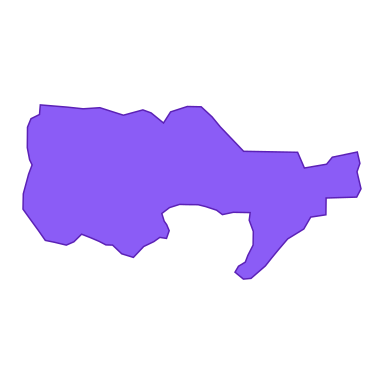 outline of Narpay, Samarkand, Uzbekistan
{"feature_id": "79887680B24658662729517", "entity_name": "Narpay", "entity_type": "district", "adm_level": 2, "iso_a3": "UZB", "parent_name": "Uzbekistan", "parent_adm1": "Samarkand", "projection": "orthographic", "projection_center": [65.992, 39.862], "detail": "fine", "context": "isolated", "style": "filled", "palette": "violet", "viewbox_px": 384, "rotation_deg": 0, "n_neighbors": 0, "source": "geoboundaries", "source_scale": "gbopen_adm2", "svg_char_len": 1070}
<svg xmlns="http://www.w3.org/2000/svg" viewBox="0 0 384 384"><path d="M326.1,198.0L356.7,197.1L361.0,188.8L357.0,171.8L359.9,163.4L357.3,152.0L332.3,157.2L326.6,164.2L304.4,168.0L297.6,152.3L243.6,151.3L220.3,126.9L212.1,116.9L201.2,106.8L187.3,106.5L170.6,111.9L163.5,123.0L151.1,112.9L142.9,109.9L123.4,115.2L99.9,107.7L83.2,108.8L67.0,107.1L40.3,104.9L39.5,114.5L31.0,118.7L27.5,127.2L27.3,147.7L29.6,159.7L32.1,164.9L28.6,174.2L23.3,193.8L23.0,209.2L30.5,219.6L38.7,230.9L45.3,240.4L54.6,242.3L66.3,245.1L73.9,241.8L81.6,234.2L90.8,237.8L99.2,241.4L105.9,244.9L112.6,245.1L121.7,253.8L133.4,257.4L143.7,246.5L153.9,241.6L159.8,237.4L166.5,238.4L169.2,230.7L166.7,224.7L164.2,221.2L161.8,213.5L169.5,207.6L179.6,204.4L187.2,204.6L198.1,204.7L205.7,206.6L216.6,210.2L222.4,214.6L233.3,212.3L250.2,212.6L249.2,220.2L253.3,231.4L253.1,245.1L247.9,255.3L245.3,262.1L238.5,266.2L235.0,272.2L243.4,279.1L251.0,278.4L265.4,265.9L271.4,258.3L278.3,249.9L287.7,238.9L303.8,229.0L310.7,217.1L325.9,214.8L326.1,198.0Z" fill="#8b5cf6" stroke="#5b21b6" stroke-width="1.5"/></svg>